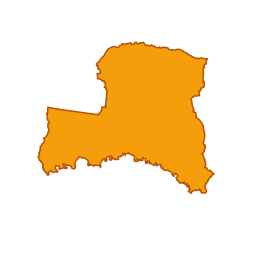 Mueang Surin, Surin, Thailand, rotated 255°
{"feature_id": "78962969B42978200343828", "entity_name": "Mueang Surin", "entity_type": "district", "adm_level": 2, "iso_a3": "THA", "parent_name": "Thailand", "parent_adm1": "Surin", "projection": "orthographic", "projection_center": [103.474, 14.914], "detail": "fine", "context": "isolated", "style": "filled", "palette": "amber", "viewbox_px": 256, "rotation_deg": 255, "n_neighbors": 0, "source": "geoboundaries", "source_scale": "gbopen_adm2", "svg_char_len": 5867}
<svg xmlns="http://www.w3.org/2000/svg" viewBox="0 0 256 256"><g transform="rotate(255 128 128)"><path d="M103.6,37.9L103.2,38.6L103.8,39.7L104.2,39.8L104.7,39.1L105.2,39.4L106.9,42.1L106.3,42.9L105.1,43.2L104.5,43.8L104.6,45.9L103.7,48.1L103.9,48.9L104.5,49.0L107.6,47.3L109.6,47.8L110.2,48.5L109.5,49.7L109.3,51.4L107.8,51.7L106.6,50.8L106.0,51.2L106.3,55.3L105.0,57.3L104.9,58.4L105.4,58.9L106.0,58.7L106.2,57.3L107.7,56.9L108.9,55.5L109.5,55.4L110.3,56.4L110.1,57.0L108.1,58.6L106.4,62.8L103.5,63.4L102.5,65.4L102.9,66.4L104.4,67.3L106.8,67.4L109.0,68.4L111.2,71.0L112.7,73.9L110.9,75.9L110.3,78.4L107.7,80.5L105.7,81.2L104.6,80.3L102.8,79.6L102.3,79.7L101.8,80.5L101.8,81.1L102.4,81.2L103.3,80.7L103.4,81.6L101.9,82.4L101.0,85.1L100.4,84.8L100.0,85.0L100.6,87.0L99.5,89.4L99.3,90.8L97.3,91.1L97.9,91.8L100.8,92.0L102.7,93.9L103.3,95.0L104.2,95.4L104.5,96.4L104.1,97.9L103.5,98.0L102.5,96.9L101.4,98.5L102.9,99.3L104.6,99.5L105.4,100.3L105.7,101.6L105.5,102.3L103.9,102.7L102.3,101.8L101.8,102.1L101.4,103.1L101.6,104.1L102.7,104.7L104.9,104.3L105.2,104.7L101.6,106.4L100.8,107.5L100.8,108.5L100.2,109.7L100.5,111.0L101.9,110.8L102.8,111.4L102.2,113.6L102.8,114.6L103.2,116.4L104.0,116.2L104.6,116.5L104.3,117.7L102.7,118.4L104.0,118.9L103.4,121.1L103.7,122.2L102.7,122.5L101.9,124.0L101.1,124.3L100.7,125.1L100.9,125.8L100.2,126.3L99.0,126.4L98.2,126.9L96.3,126.4L95.8,125.4L94.3,125.8L93.3,127.9L93.3,128.5L95.4,128.8L94.0,129.6L94.8,131.0L94.3,131.9L93.4,131.4L93.4,132.8L92.8,133.3L93.1,133.9L93.7,133.7L95.3,134.6L95.4,135.0L94.5,134.9L93.9,137.0L92.6,136.8L91.6,136.0L89.1,136.3L89.1,136.7L89.9,136.7L91.2,138.0L91.2,138.4L89.5,138.1L90.3,140.0L88.1,139.7L88.1,140.9L87.1,141.4L85.0,143.8L85.2,144.7L86.3,145.3L87.0,145.3L87.3,145.8L86.3,146.3L84.1,146.1L84.1,146.4L84.9,146.8L85.1,147.6L83.6,150.6L82.9,150.5L82.4,149.6L80.3,150.2L79.9,150.7L80.2,151.2L79.2,151.1L77.5,152.8L76.9,155.2L74.0,158.7L73.4,158.9L71.7,158.5L69.8,159.4L69.5,159.8L69.8,160.1L70.5,159.7L71.1,159.9L72.0,161.6L71.9,162.5L71.5,162.6L71.1,162.1L70.1,163.5L69.2,163.7L67.8,163.0L67.7,161.6L64.8,161.9L63.5,162.9L62.5,163.1L62.2,163.8L61.0,164.1L61.3,165.9L60.5,166.7L60.2,167.9L61.2,168.0L61.3,168.5L59.3,168.4L58.8,168.7L58.4,169.5L58.9,169.9L58.9,170.9L58.1,170.8L58.0,169.7L57.1,169.4L56.7,169.7L56.9,171.4L56.2,172.1L55.9,171.9L55.6,170.7L54.9,171.9L53.2,171.2L52.9,171.7L53.2,172.1L52.5,172.3L51.1,170.0L49.3,171.6L48.7,172.4L49.0,172.5L49.4,172.1L50.3,174.1L50.6,175.6L50.0,177.4L50.1,179.2L49.5,180.6L49.6,181.2L50.1,181.4L48.8,182.5L48.0,181.9L46.0,182.4L46.2,183.8L45.1,185.5L46.0,187.0L46.8,187.6L48.9,187.5L50.5,186.9L51.1,187.4L51.5,187.3L52.1,187.8L53.7,188.1L53.6,188.7L54.0,188.8L54.3,189.5L55.2,190.3L55.2,190.8L55.7,191.2L56.7,191.3L56.9,192.3L59.1,194.1L59.3,196.0L60.0,196.3L60.7,197.2L61.2,197.5L61.0,198.6L61.4,199.0L61.8,198.5L62.0,198.8L62.6,198.4L64.5,196.9L65.6,196.7L65.5,196.3L65.9,196.1L65.9,195.3L66.3,194.4L69.5,193.5L69.8,191.8L70.7,192.1L72.1,193.4L75.5,194.2L76.0,193.8L78.5,193.9L78.7,193.4L81.6,193.7L84.0,192.6L84.2,193.8L85.8,195.9L87.3,196.0L87.7,196.9L89.7,197.7L89.9,197.3L90.8,197.9L92.2,197.8L92.4,196.8L94.2,196.9L97.6,198.9L100.2,200.0L103.2,200.6L109.7,200.9L110.4,201.3L115.0,200.1L117.6,199.0L120.5,196.5L122.0,197.1L123.6,197.1L125.2,197.4L126.7,195.1L127.7,195.3L128.0,196.4L128.3,196.4L132.9,195.9L137.6,196.5L139.6,196.1L140.9,198.2L141.6,200.7L141.0,203.3L140.9,205.5L142.9,205.6L145.5,206.4L145.2,208.0L147.5,208.5L147.5,210.0L148.1,212.2L152.5,213.6L153.1,212.5L154.2,213.0L154.8,212.8L162.4,215.3L165.1,215.8L166.7,216.5L166.7,217.5L168.8,217.3L168.9,218.3L169.5,218.5L169.7,220.2L170.7,220.0L174.3,222.4L174.8,220.4L176.5,217.5L176.8,215.2L176.5,215.0L178.8,209.9L179.3,209.9L180.2,208.4L181.2,207.8L182.7,205.9L183.1,206.0L184.4,204.1L185.1,204.3L187.4,201.3L188.3,201.0L189.2,200.1L189.4,199.3L190.5,198.2L191.3,196.1L191.0,194.9L191.5,191.6L192.1,191.0L193.0,188.3L193.7,187.4L195.0,187.3L196.2,185.2L196.2,184.2L196.7,183.5L196.9,182.2L196.7,180.6L197.5,179.4L198.0,179.4L197.8,178.0L198.1,176.2L198.9,175.8L199.7,174.6L200.1,174.7L200.0,174.0L200.8,173.0L202.0,172.5L202.2,171.1L201.6,170.7L201.7,170.1L201.9,169.4L202.8,168.5L202.6,168.3L202.8,167.7L203.6,166.8L203.8,166.0L204.2,166.1L206.8,165.1L206.7,163.6L207.2,161.8L206.5,161.6L206.8,159.2L207.1,158.5L208.6,158.3L208.7,157.7L208.6,156.4L207.5,155.8L207.5,153.8L207.8,153.8L208.0,153.0L208.9,153.0L209.0,152.6L209.6,152.5L209.4,150.9L209.8,149.0L209.3,148.8L209.4,148.3L210.9,144.0L209.6,143.5L209.8,141.8L209.4,140.9L208.4,140.0L208.3,139.2L210.4,135.7L210.4,133.0L209.5,129.4L207.5,126.8L204.1,123.6L202.0,119.8L200.5,118.5L198.1,114.1L196.6,113.9L196.3,114.9L195.0,114.4L194.8,115.0L192.4,114.3L191.7,116.0L189.5,115.9L188.0,115.6L188.5,112.3L186.3,112.1L183.6,111.4L181.6,114.8L180.3,114.9L179.9,117.0L178.1,116.8L177.5,117.9L174.8,117.0L173.5,115.7L172.8,116.2L172.5,117.1L171.0,116.7L170.4,117.5L163.7,115.3L162.5,115.2L161.5,114.8L161.7,114.4L157.7,113.1L155.6,111.9L155.2,112.4L153.6,112.0L153.9,111.2L154.2,111.2L155.0,108.1L153.7,108.0L152.0,107.2L151.2,106.5L151.3,106.0L149.7,105.1L149.6,103.8L149.2,103.5L149.3,102.9L148.6,102.5L163.9,66.2L168.8,56.0L163.6,54.3L163.5,53.9L163.2,54.0L163.2,53.6L162.7,53.7L162.6,53.1L159.0,52.8L157.7,52.3L155.6,52.8L154.5,53.5L153.0,53.3L153.0,51.7L152.0,51.7L150.6,51.0L149.7,50.9L145.9,51.1L144.9,49.7L143.0,49.1L143.0,48.8L142.1,48.2L140.0,45.4L140.3,44.3L140.0,43.9L137.9,44.1L136.7,43.7L135.5,42.6L134.8,40.6L133.6,39.9L132.2,38.1L130.0,37.9L129.0,36.9L127.6,36.6L126.9,35.2L124.8,35.5L124.1,34.9L124.0,34.4L123.0,33.6L120.6,34.2L119.8,33.9L118.9,35.2L118.3,35.0L117.9,35.5L117.1,35.5L115.2,36.7L114.0,36.4L114.1,35.9L113.2,35.6L112.6,35.4L112.3,35.7L110.3,35.2L109.8,35.6L109.5,36.3L108.8,36.0L107.3,36.3L106.9,37.7L105.1,37.5L104.4,38.1L103.6,37.9Z" fill="#f59e0b" stroke="#b45309" stroke-width="1.5"/></g></svg>